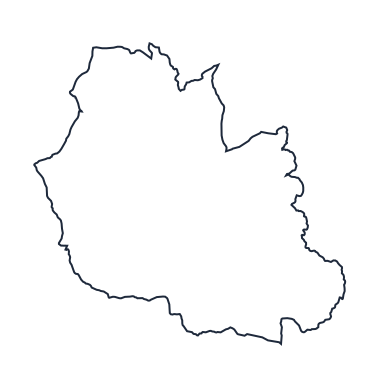 Central Pentecost 1, Penama, Vanuatu (Natural Earth projection), rotated 4°
{"feature_id": "77236927B11071622458470", "entity_name": "Central Pentecost 1", "entity_type": "district", "adm_level": 2, "iso_a3": "VUT", "parent_name": "Vanuatu", "parent_adm1": "Penama", "projection": "natural_earth1", "projection_center": [168.168, -15.648], "detail": "fine", "context": "isolated", "style": "outline", "palette": "slate", "viewbox_px": 384, "rotation_deg": 4, "n_neighbors": 0, "source": "geoboundaries", "source_scale": "gbopen_adm2", "svg_char_len": 5944}
<svg xmlns="http://www.w3.org/2000/svg" viewBox="0 0 384 384"><g transform="rotate(4 192 192)"><path d="M65.1,254.6L71.2,254.3L69.8,258.3L70.8,258.5L71.3,257.9L72.2,257.8L72.8,258.4L73.4,259.8L73.4,262.7L74.3,263.8L75.0,265.5L74.7,268.9L75.4,271.0L76.9,273.0L80.0,280.1L80.7,281.0L81.9,281.7L83.8,281.8L84.8,282.8L87.5,287.1L89.7,289.2L91.2,289.7L92.4,290.7L94.3,290.9L96.6,291.7L97.7,292.7L98.6,294.3L103.7,296.2L106.4,296.5L107.9,297.1L110.9,297.4L115.1,299.7L116.3,303.0L116.8,303.3L120.4,302.0L122.4,302.0L126.9,303.0L128.6,303.0L132.4,301.3L137.4,300.7L139.9,300.1L141.2,300.2L142.2,300.9L143.8,301.1L144.9,301.8L150.1,301.3L151.5,302.1L154.2,302.6L155.3,303.2L156.2,303.4L157.4,303.2L158.7,302.2L164.2,299.3L170.4,298.3L172.5,298.3L174.4,299.5L175.0,300.3L177.2,305.7L178.3,314.3L179.3,315.4L181.1,315.6L182.7,315.0L185.5,315.1L188.3,314.6L189.9,316.8L190.4,318.9L191.2,320.7L191.5,323.9L192.0,325.5L193.0,326.4L196.8,331.2L201.7,331.8L203.4,333.4L205.8,333.6L207.0,334.6L207.9,334.7L209.4,332.7L211.3,332.4L211.7,331.6L212.5,330.9L215.6,331.0L219.2,329.4L220.5,329.2L221.9,329.7L223.9,329.8L225.0,330.3L226.2,330.4L227.2,329.9L230.4,330.0L235.3,326.7L237.6,325.9L239.7,324.4L241.9,325.1L243.8,326.2L247.1,330.3L247.9,330.7L254.5,331.7L256.9,329.9L272.3,332.1L278.1,334.7L289.4,335.8L291.4,337.3L291.5,328.9L290.8,326.9L291.1,320.6L289.5,316.8L290.0,314.9L290.1,312.7L290.9,311.9L295.9,311.2L300.4,311.6L302.6,312.4L303.7,313.9L308.1,317.7L310.5,322.8L311.6,323.8L312.7,324.1L313.5,324.1L314.5,323.5L316.7,321.3L319.7,321.4L320.3,321.2L321.0,320.5L324.5,320.1L325.9,319.5L326.3,318.9L327.4,318.1L327.3,315.6L327.7,314.6L328.8,313.7L331.6,312.9L332.8,312.1L333.9,310.2L337.6,309.4L338.2,309.0L339.1,307.6L339.4,306.4L338.5,304.2L338.4,303.1L339.3,301.9L340.0,298.6L341.3,298.2L342.6,297.2L342.8,296.5L342.8,295.0L343.1,294.3L345.1,292.7L345.7,291.6L346.7,286.9L347.9,287.0L349.1,288.2L349.5,288.3L349.9,287.9L350.3,283.5L351.2,280.2L350.9,277.2L350.2,274.0L350.9,272.5L351.1,270.9L350.7,269.6L349.5,268.7L349.6,266.4L349.3,265.2L348.7,263.9L347.2,262.7L347.2,260.4L346.7,259.2L347.0,257.5L346.8,256.4L344.3,254.5L342.7,252.9L341.6,251.3L339.7,250.3L337.8,250.4L335.5,252.1L332.1,251.2L329.6,251.5L328.9,250.8L328.2,249.3L326.9,248.0L323.5,246.5L321.4,243.8L319.3,242.9L319.0,242.3L318.2,242.0L317.2,242.1L315.6,242.7L314.1,242.5L313.1,241.7L312.6,240.3L312.2,239.8L310.2,239.9L309.3,239.6L309.1,239.3L309.0,238.2L309.5,236.4L309.3,234.6L307.6,233.3L306.9,231.9L305.0,230.4L304.7,228.5L304.4,227.6L304.9,227.1L306.6,227.3L307.1,226.8L307.4,226.0L307.2,224.5L305.6,222.6L305.7,222.1L306.4,221.6L308.8,221.6L309.3,221.2L309.9,219.5L310.0,217.4L308.5,215.4L308.8,213.4L307.8,209.9L307.5,209.2L306.9,208.7L305.9,208.7L305.4,208.3L305.5,206.3L305.3,205.5L303.8,204.3L301.7,203.4L299.7,203.6L299.1,203.0L297.4,203.2L295.9,201.0L292.1,197.9L292.6,196.9L294.8,195.6L295.6,194.8L295.9,193.7L295.6,191.9L296.7,188.0L299.3,188.6L300.2,188.5L301.0,188.2L301.7,187.1L302.6,185.0L302.9,183.2L302.7,179.8L302.2,177.4L300.9,174.9L299.0,172.9L298.2,171.6L296.7,170.4L295.6,170.5L293.6,169.9L290.4,169.9L289.3,169.5L287.3,168.1L286.6,168.0L284.7,169.0L285.5,167.4L287.7,166.9L290.8,163.7L292.8,163.2L293.5,162.5L294.4,158.4L292.0,154.1L292.6,151.7L292.5,150.3L290.2,146.3L288.7,145.2L286.8,145.0L286.1,144.0L285.0,143.9L284.6,143.4L283.9,143.2L282.4,143.6L281.6,143.0L280.3,143.1L279.1,143.6L278.8,142.5L279.2,141.6L280.4,140.9L281.2,138.7L283.3,136.6L283.3,136.0L282.5,135.5L282.5,134.6L283.0,133.6L283.3,128.1L283.1,127.0L282.2,126.3L282.1,125.1L282.6,124.1L282.6,123.4L281.5,121.2L278.4,120.3L277.2,121.5L274.4,122.8L273.0,124.2L272.4,125.3L272.5,127.1L272.8,127.7L271.6,128.5L263.9,128.1L256.8,127.2L255.6,128.7L248.5,132.7L246.7,134.4L244.9,137.1L236.1,143.7L229.4,146.0L228.9,146.6L223.1,149.0L223.4,146.7L223.3,145.0L222.5,143.7L220.2,141.1L218.7,137.7L217.6,133.5L216.6,121.8L216.7,118.8L217.0,116.8L217.0,113.3L218.1,109.1L218.2,105.3L217.5,103.4L215.5,101.6L212.3,96.6L211.5,94.5L209.4,92.4L207.8,87.8L206.0,86.0L204.3,79.9L204.3,78.8L204.8,77.1L204.2,74.9L204.9,72.6L207.5,68.1L209.4,63.2L207.4,64.2L205.3,64.7L202.9,67.2L196.6,71.0L194.1,73.3L193.7,74.3L193.7,75.3L193.8,75.7L194.4,76.2L194.5,77.7L192.2,79.3L190.1,80.1L186.9,80.1L185.2,81.0L183.7,81.2L181.5,82.8L179.0,83.2L178.6,85.0L177.4,87.2L177.3,89.9L176.8,90.4L174.8,90.8L173.5,91.9L171.6,90.0L171.3,88.6L170.4,86.2L170.6,84.2L170.4,83.1L167.5,81.0L167.7,78.8L168.3,77.8L170.1,75.7L170.3,75.0L169.4,73.9L168.8,71.8L168.1,70.5L167.7,70.3L166.9,70.3L166.0,70.9L165.4,70.6L164.6,70.0L164.2,68.5L162.0,67.3L161.4,66.3L160.8,64.5L160.2,60.9L157.6,57.6L154.3,56.7L152.1,56.7L151.4,56.3L150.3,55.2L149.8,54.1L148.9,50.2L145.4,50.1L143.1,48.8L141.7,47.4L139.3,46.7L138.7,50.3L139.0,52.4L139.9,53.8L142.2,55.9L142.4,56.7L142.0,61.7L133.3,56.1L130.1,54.4L127.3,54.6L125.9,55.3L125.5,56.2L124.7,57.2L121.5,58.0L120.7,57.3L119.5,54.9L119.0,54.5L117.5,53.9L114.3,53.4L112.2,52.3L110.8,52.1L107.5,52.3L103.7,53.5L97.3,54.5L92.6,54.9L86.5,54.3L83.3,55.0L82.9,58.7L83.1,63.2L80.9,70.6L80.5,76.1L79.2,78.8L78.3,79.7L74.2,82.0L71.3,84.9L69.4,87.5L68.2,90.2L66.1,97.7L65.8,98.3L63.3,100.4L63.3,101.6L64.1,102.7L67.0,104.7L68.3,104.7L68.9,105.2L69.1,106.0L69.5,106.0L72.2,111.5L73.8,116.6L74.9,118.3L75.9,118.7L76.4,119.4L73.9,119.3L73.6,120.2L73.5,123.5L72.8,126.0L70.2,129.7L67.3,135.7L66.4,138.2L65.6,142.8L64.6,145.1L62.9,147.6L62.7,149.6L61.2,152.9L58.7,158.0L56.9,160.9L54.8,162.9L53.0,163.3L50.5,164.5L50.1,164.8L49.6,166.6L48.9,166.8L47.8,168.1L45.4,168.4L43.6,169.4L37.3,171.7L35.6,173.6L34.0,174.3L32.8,175.5L32.8,176.1L34.9,178.5L35.6,181.0L36.4,182.2L40.6,186.4L42.5,188.7L44.7,194.2L46.7,197.6L47.7,206.0L48.7,207.8L52.0,210.7L53.3,213.7L53.0,216.7L53.3,217.3L54.2,218.0L54.2,219.4L54.5,220.2L56.1,222.0L58.6,223.9L59.9,226.7L62.3,228.5L63.2,229.6L64.1,232.5L64.9,237.8L66.0,242.1L65.4,245.0L65.2,247.5L62.8,252.2L62.9,253.2L65.1,254.6Z" fill="none" stroke="#1e293b" stroke-width="2"/></g></svg>